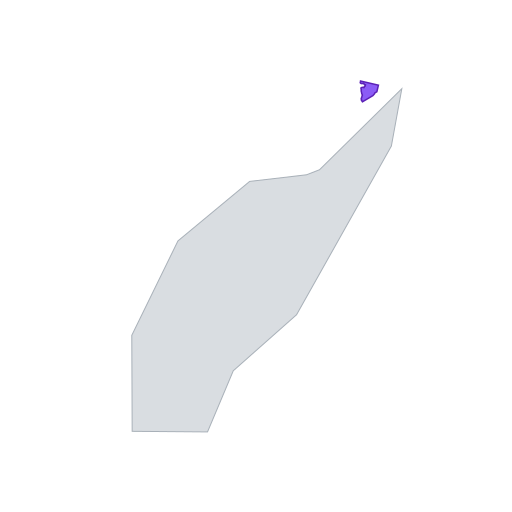 Ngeiungel, Palau shown in context, rotated 20°
{"feature_id": "81905179B59978558639999", "entity_name": "Ngeiungel", "entity_type": "district", "adm_level": 2, "iso_a3": "PLW", "parent_name": "Palau", "parent_adm1": "", "projection": "orthographic", "projection_center": [134.62, 7.699], "detail": "fine", "context": "in_parent", "style": "filled", "palette": "violet", "viewbox_px": 512, "rotation_deg": 20, "n_neighbors": 0, "source": "geoboundaries", "source_scale": "gbopen_adm2", "svg_char_len": 1695}
<svg xmlns="http://www.w3.org/2000/svg" viewBox="0 0 512 512"><g transform="rotate(20 256 256)"><path d="M270.6,437.9L199.6,463.1L166.4,373.0L177.5,268.5L224.5,188.1L275.7,162.4L286.2,153.2L335.8,48.9L345.6,106.4L314.2,297.3L273.9,371.6L270.6,437.9Z" fill="#d9dde1" stroke="#a8b0b8" stroke-width="1"/><path d="M313.4,60.3L312.6,53.6L294.5,55.8L294.6,56.0L294.6,56.3L294.6,56.6L294.6,56.9L294.5,57.0L294.6,57.3L294.8,57.4L294.9,57.6L295.0,57.8L295.6,57.9L295.9,57.9L296.2,57.9L296.6,57.8L296.8,57.7L297.0,57.6L297.3,57.4L297.6,57.3L297.7,57.1L297.9,57.1L298.1,57.1L298.3,57.1L298.6,57.2L298.7,57.4L298.8,57.4L298.9,57.5L299.0,57.7L299.3,57.8L299.5,57.8L299.8,57.8L299.9,57.7L300.2,57.7L300.2,57.8L300.3,57.8L300.3,58.0L300.4,58.3L300.4,58.5L300.5,58.8L300.4,59.1L300.2,59.2L300.2,59.3L300.0,59.5L300.0,59.9L299.9,59.9L299.8,60.0L299.7,60.2L299.7,60.4L299.6,60.6L299.7,60.8L299.3,60.9L299.2,61.0L298.9,61.0L298.6,61.0L298.3,61.1L298.1,61.2L297.9,61.4L297.7,61.5L297.5,61.8L297.3,61.9L297.2,62.1L297.2,62.4L297.4,62.7L297.5,62.9L297.6,63.1L297.7,63.3L297.8,63.3L298.0,63.5L298.2,64.0L298.2,64.5L298.3,64.7L298.4,64.9L298.5,65.2L298.7,65.4L298.8,65.5L299.1,66.0L299.4,66.5L299.5,66.7L299.7,67.0L299.8,67.2L300.1,67.4L300.2,67.6L300.3,67.8L300.5,67.9L300.5,68.0L300.8,68.4L301.0,68.5L301.0,68.8L300.9,69.1L300.9,69.4L301.0,69.6L301.0,69.8L301.0,70.0L301.0,70.3L301.1,70.5L301.0,70.8L301.0,71.0L301.1,71.3L301.1,71.6L301.0,71.9L301.1,72.1L301.1,72.3L301.3,72.6L301.5,72.7L301.6,72.8L301.5,73.0L301.6,73.4L301.8,73.6L302.0,73.7L302.3,73.8L302.5,74.0L302.7,74.3L302.8,74.4L303.0,74.5L303.3,74.7L311.0,65.3L311.9,63.0L311.9,62.1L313.4,60.3Z" fill="#8b5cf6" stroke="#5b21b6" stroke-width="1.5"/></g></svg>